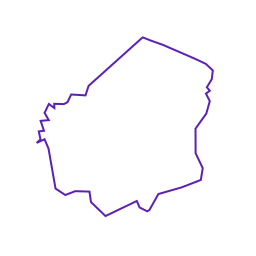 outline of Wayne, Kentucky, United States of America, rotated 198°
{"feature_id": "52423323B81930559101478", "entity_name": "Wayne", "entity_type": "district", "adm_level": 2, "iso_a3": "USA", "parent_name": "United States of America", "parent_adm1": "Kentucky", "projection": "equal_earth", "projection_center": [-84.809, 36.8], "detail": "fine", "context": "isolated", "style": "outline", "palette": "violet", "viewbox_px": 256, "rotation_deg": 198, "n_neighbors": 0, "source": "geoboundaries", "source_scale": "gbopen_adm2", "svg_char_len": 715}
<svg xmlns="http://www.w3.org/2000/svg" viewBox="0 0 256 256"><g transform="rotate(198 128 128)"><path d="M42.7,101.1L44.5,112.9L55.9,124.9L63.6,148.3L58.0,165.9L58.5,178.8L64.5,184.8L61.7,188.7L65.6,191.1L63.4,200.4L65.1,208.9L73.7,213.0L84.5,214.4L113.8,217.2L119.6,217.8L133.3,218.2L139.7,218.6L142.1,218.7L178.5,155.9L178.5,145.9L192.4,142.3L193.5,133.9L196.4,130.9L205.6,128.2L204.2,124.2L210.7,126.4L212.0,116.6L205.8,111.0L213.3,107.8L207.1,99.4L211.8,97.2L207.7,90.1L210.3,85.6L203.9,91.5L197.2,83.8L178.2,48.0L166.9,44.9L158.7,51.6L145.0,55.6L140.3,46.1L131.7,41.9L122.2,37.3L97.1,61.3L92.4,56.0L84.0,54.7L82.3,56.6L78.7,74.6L58.8,88.0L42.7,101.1Z" fill="none" stroke="#5b21b6" stroke-width="2"/></g></svg>